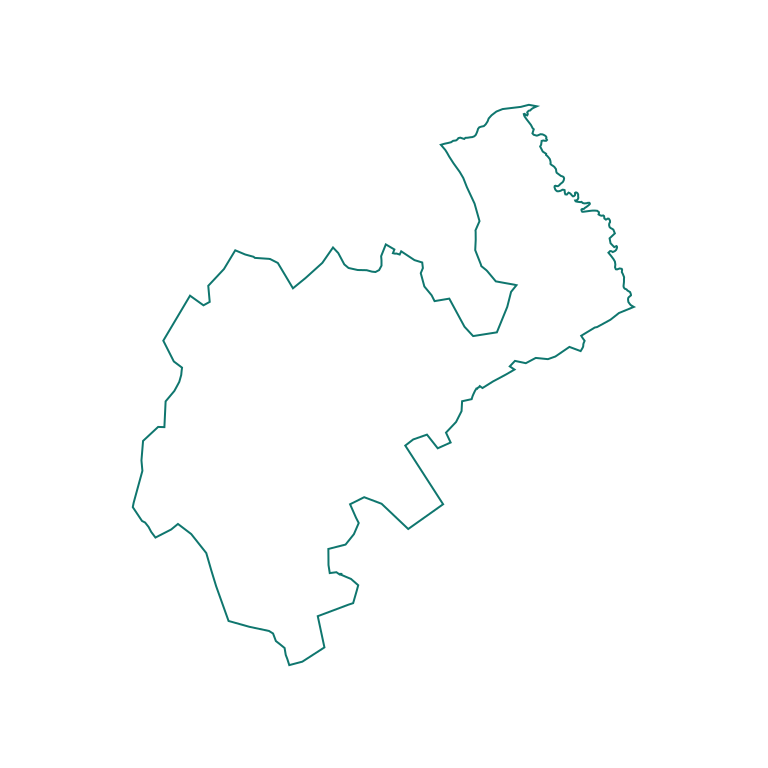 the district of Bunkure, Kano, Nigeria, rotated 328°
{"feature_id": "59680162B46455483877403", "entity_name": "Bunkure", "entity_type": "district", "adm_level": 2, "iso_a3": "NGA", "parent_name": "Nigeria", "parent_adm1": "Kano", "projection": "albers", "projection_center": [8.684, 11.668], "detail": "fine", "context": "isolated", "style": "outline", "palette": "teal", "viewbox_px": 768, "rotation_deg": 328, "n_neighbors": 0, "source": "geoboundaries", "source_scale": "gbopen_adm2", "svg_char_len": 5194}
<svg xmlns="http://www.w3.org/2000/svg" viewBox="0 0 768 768"><g transform="rotate(328 384 384)"><path d="M169.7,300.7L149.5,304.6L137.8,320.3L133.1,329.6L108.8,352.0L105.7,355.3L106.2,371.9L108.0,374.9L108.4,378.6L108.6,380.4L108.2,386.1L108.8,393.1L126.4,394.6L135.1,393.5L141.0,409.1L143.7,433.2L138.8,450.4L134.5,466.5L126.6,502.6L141.1,518.5L155.6,532.5L157.7,536.8L156.1,544.7L157.7,549.1L159.8,555.2L157.1,561.7L156.3,565.9L154.7,572.2L167.6,576.2L193.9,575.8L204.8,545.8L236.9,552.3L241.7,553.5L251.5,544.7L255.5,541.0L252.7,531.8L249.3,527.0L248.0,525.1L246.9,523.6L247.3,522.5L246.4,521.9L245.9,522.5L245.5,522.2L243.9,518.4L237.8,515.6L241.0,508.1L244.7,502.1L249.4,494.4L266.3,499.8L278.9,495.4L288.9,488.5L289.4,482.6L291.5,468.0L307.2,469.5L318.5,484.3L327.7,519.8L370.4,517.3L369.4,447.5L379.4,446.5L393.6,449.7L395.5,467.0L409.5,468.9L410.8,458.1L425.0,454.4L435.4,448.1L441.1,440.0L450.3,443.3L452.6,441.3L454.6,439.9L457.4,438.1L460.0,436.8L460.5,437.4L461.6,436.9L462.7,437.1L463.2,436.8L464.1,436.5L464.6,437.8L465.4,439.6L477.9,439.6L492.8,440.6L502.3,440.9L500.0,435.7L507.3,433.8L515.3,441.5L526.5,442.3L536.2,449.8L543.9,451.5L560.9,450.8L568.2,460.3L570.0,459.4L571.7,458.5L572.7,457.8L573.5,456.8L574.1,455.9L575.0,455.1L577.0,453.7L576.8,450.0L576.8,447.6L592.7,447.8L594.8,448.6L610.1,449.5L620.9,448.3L636.7,451.0L636.0,449.7L635.1,447.9L634.9,446.9L634.8,445.7L634.7,444.0L635.2,442.8L635.9,441.4L636.7,440.5L637.6,440.1L640.4,439.7L640.9,438.8L641.4,436.5L640.0,433.7L639.8,432.3L638.7,430.8L638.5,429.3L639.0,427.9L641.6,424.6L643.3,421.9L644.2,420.7L644.8,417.4L645.0,415.1L646.4,413.4L646.6,412.3L645.1,410.9L642.3,410.3L641.4,409.5L641.8,407.4L643.5,405.3L644.7,402.5L644.8,399.8L644.5,396.1L643.9,391.6L646.2,391.1L647.3,392.0L647.9,393.3L649.2,393.5L650.4,393.6L651.9,393.3L653.2,392.4L654.0,391.7L654.4,390.8L654.2,390.2L651.8,389.9L650.7,384.7L652.5,380.0L659.6,378.6L660.3,374.6L659.5,372.9L658.8,371.8L658.5,370.3L659.1,368.5L659.9,367.5L660.3,367.1L661.4,366.6L662.1,365.5L662.3,364.3L662.2,362.9L661.4,362.3L660.3,362.3L659.3,362.2L658.6,360.4L659.2,359.2L659.6,358.2L659.2,357.2L657.8,356.7L656.8,355.7L655.8,353.9L656.7,353.2L657.3,352.2L656.6,350.1L655.0,348.9L652.6,347.4L650.8,346.5L646.8,344.7L644.6,343.7L643.4,343.0L643.4,341.7L643.9,340.7L644.9,340.6L645.7,341.2L646.5,341.4L647.4,341.1L649.6,341.1L651.6,340.9L652.9,340.7L653.8,340.5L654.2,340.0L654.2,339.2L653.0,338.4L651.5,338.0L649.6,337.0L648.8,336.2L648.4,335.7L648.0,334.2L646.9,333.8L645.5,332.7L644.2,331.6L643.3,330.6L643.4,329.7L644.7,330.3L646.1,330.1L647.4,329.2L648.1,327.7L649.1,326.1L649.2,324.7L648.8,323.7L648.0,323.1L647.2,323.2L646.7,324.3L645.9,325.1L644.5,325.3L643.7,325.0L643.3,323.6L643.1,321.9L642.6,320.4L641.9,319.5L639.4,320.2L638.3,319.3L638.7,317.6L639.9,315.3L639.4,314.6L638.3,313.8L636.9,313.8L635.7,313.6L634.2,313.1L633.0,312.3L632.5,311.1L632.3,309.8L632.6,308.6L632.9,307.4L633.7,306.6L634.6,306.8L635.2,307.6L636.4,308.4L637.9,308.3L639.7,307.8L641.8,307.6L643.1,307.3L644.7,306.2L645.8,304.9L645.9,303.4L645.1,302.2L644.3,301.3L643.3,298.7L642.4,296.4L642.6,295.3L643.0,294.5L643.7,292.9L643.5,290.1L642.8,288.3L642.1,286.9L641.8,285.5L642.6,284.6L643.3,283.0L643.8,281.1L643.6,279.0L643.3,277.2L642.8,275.6L643.5,274.7L641.8,271.0L642.3,265.3L644.0,264.4L646.2,261.8L646.5,261.4L648.1,261.9L649.3,263.0L650.5,263.7L651.6,263.4L651.6,261.7L652.5,260.8L652.5,259.6L652.0,258.3L650.8,256.4L649.1,255.1L647.7,254.9L645.9,254.6L645.0,254.2L643.0,251.9L642.7,250.1L644.5,248.6L646.0,247.3L645.6,245.9L645.9,242.2L645.2,235.0L645.0,231.6L645.3,230.0L645.6,229.2L646.4,229.4L646.9,231.1L647.8,232.1L649.0,231.3L649.4,229.5L651.1,229.0L651.9,229.0L652.9,229.5L654.9,229.0L657.0,229.0L660.8,229.5L654.8,224.0L646.9,221.5L638.4,217.5L630.3,213.7L623.7,212.5L617.6,213.1L613.5,214.3L611.0,216.2L607.8,217.7L605.3,218.2L602.9,217.3L600.8,216.8L598.9,217.5L597.5,218.8L595.8,220.1L593.8,221.4L591.8,221.8L589.7,221.4L587.9,220.5L585.5,219.5L583.5,218.4L581.9,218.7L580.7,217.3L579.2,215.5L577.4,214.9L575.8,215.5L574.1,215.6L571.5,214.4L569.0,214.5L565.9,213.5L562.6,212.3L559.0,211.3L560.0,218.0L560.0,221.5L559.8,225.6L559.9,233.6L560.6,244.3L560.4,251.3L558.6,261.0L556.4,279.0L551.3,296.5L543.0,302.2L542.3,303.6L538.2,310.3L532.3,318.8L529.5,333.9L529.0,335.6L531.1,341.7L531.4,343.1L533.2,356.2L539.9,362.3L547.0,368.7L547.4,369.1L548.7,370.4L540.6,373.2L529.4,383.9L507.1,400.0L485.0,390.6L484.9,390.2L482.6,378.1L484.6,346.2L470.8,340.5L471.4,334.0L469.9,322.7L473.9,309.5L478.4,306.3L480.8,301.2L475.5,295.1L468.9,280.6L465.9,282.5L464.1,280.4L463.8,280.1L463.5,279.8L462.6,279.4L462.3,279.2L460.9,277.8L464.1,275.4L459.5,266.6L449.3,274.1L447.4,277.8L444.6,282.3L440.2,284.8L436.1,284.5L433.3,282.3L429.6,278.3L422.1,273.4L415.4,266.8L413.7,261.5L414.6,248.7L413.1,241.2L395.9,248.6L373.9,252.5L357.5,254.6L358.1,225.1L353.6,217.6L353.1,217.3L352.9,217.0L341.3,208.6L340.8,207.0L334.9,200.6L328.7,191.8L309.2,201.7L287.0,207.6L279.7,222.0L272.6,221.6L266.3,206.3L219.8,230.3L217.7,253.5L221.4,263.1L219.5,265.4L216.8,268.9L211.5,273.7L206.6,276.5L202.5,278.8L189.6,283.0L174.9,304.2L169.7,300.7Z" fill="none" stroke="#0f766e" stroke-width="2"/></g></svg>